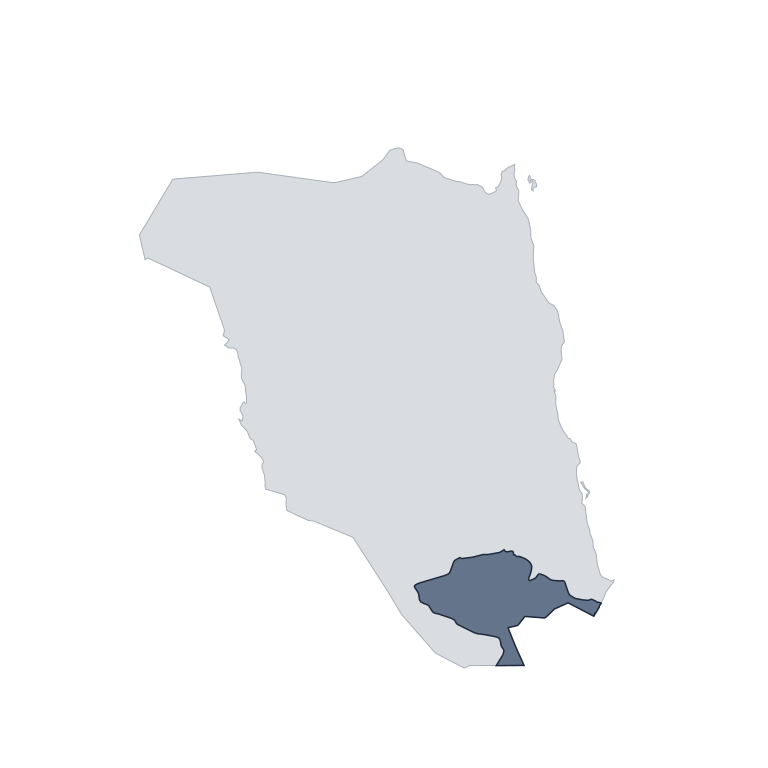 where Al Jawf sits in Saudi Arabia, rotated 197°
{"feature_id": "SAU-862", "entity_name": "Al Jawf", "entity_type": "Region", "adm_level": 1, "iso_a3": "SAU", "parent_name": "Saudi Arabia", "parent_adm1": "", "projection": "natural_earth1", "projection_center": [37.819, 29.945], "detail": "fine", "context": "in_parent", "style": "filled", "palette": "slate", "viewbox_px": 768, "rotation_deg": 197, "n_neighbors": 0, "source": "natural_earth", "source_scale": "10m", "svg_char_len": 6788}
<svg xmlns="http://www.w3.org/2000/svg" viewBox="0 0 768 768"><g transform="rotate(197 384 384)"><path d="M566.8,549.6L492.9,561.4L488.9,562.7L465.9,576.0L450.5,598.3L446.9,608.9L445.0,610.5L441.9,612.6L439.0,614.1L434.5,613.9L429.2,605.8L427.8,604.1L426.6,604.0L416.7,605.1L395.9,602.9L392.5,602.4L387.9,599.6L386.8,599.1L385.6,599.0L374.9,598.8L369.5,599.7L364.4,599.4L359.1,599.9L357.2,600.9L355.2,600.9L353.9,601.8L352.7,602.2L351.4,601.4L349.7,601.6L347.3,600.9L345.7,599.2L344.2,597.6L342.6,596.7L340.9,596.2L339.4,596.2L337.5,597.1L336.3,598.1L333.3,601.1L333.2,602.2L334.6,604.0L334.2,604.9L332.5,606.0L331.9,608.9L331.7,610.5L331.5,614.2L332.3,617.2L333.3,618.3L333.4,619.6L332.8,622.2L331.2,623.0L330.0,625.4L329.3,626.6L328.1,627.8L323.1,632.2L322.8,629.7L321.2,625.9L321.1,623.3L320.3,620.7L319.0,618.7L316.4,616.6L316.2,613.7L314.3,610.9L311.8,608.6L310.5,604.4L309.4,598.7L302.9,591.4L294.8,584.6L292.3,580.7L288.3,572.9L286.2,566.7L280.8,559.6L280.5,556.9L279.7,553.6L278.5,549.9L277.7,546.9L272.2,534.1L270.5,532.1L269.0,529.2L268.6,527.0L268.1,525.8L264.3,523.6L260.7,518.3L250.0,509.7L244.8,508.8L240.6,505.8L237.6,501.8L234.3,494.9L228.6,487.4L223.7,476.8L225.2,473.0L225.1,470.2L223.6,465.7L222.0,462.1L220.9,458.8L221.8,454.0L222.1,448.7L223.0,445.8L223.7,442.7L222.8,436.4L221.2,433.1L221.4,430.8L219.5,429.7L218.1,427.3L219.6,427.3L216.8,423.9L215.8,422.1L214.7,417.5L213.4,414.0L209.0,406.0L207.0,401.2L202.3,394.9L197.3,390.2L194.1,388.1L192.6,386.2L190.0,386.2L187.2,383.4L185.2,383.3L182.7,382.9L179.8,377.6L177.3,372.7L173.2,366.2L174.2,364.5L175.4,361.8L174.8,358.2L174.2,355.8L172.4,351.4L166.4,340.3L164.8,338.7L162.3,336.9L160.7,332.1L160.0,327.8L155.9,325.7L148.9,310.3L144.8,304.9L143.2,301.2L138.5,295.3L136.3,289.3L131.5,283.8L127.5,274.3L121.2,264.8L118.5,263.2L112.0,262.5L109.3,261.8L106.7,263.9L106.5,261.3L108.3,257.6L110.9,249.9L111.4,243.2L115.5,223.2L143.1,228.4L144.5,228.1L155.1,218.8L161.1,208.2L162.4,207.1L180.9,203.0L181.5,202.5L185.2,193.0L185.6,192.4L186.1,191.9L194.1,187.1L181.2,171.1L167.8,155.8L219.4,139.9L220.3,139.5L224.1,135.8L246.8,139.9L255.7,141.7L258.5,143.1L299.9,168.8L320.3,187.2L368.5,228.0L369.1,228.3L411.8,232.4L416.4,231.4L428.1,232.9L439.9,234.7L442.3,239.5L443.2,242.9L444.0,246.1L446.4,249.1L456.2,249.0L466.5,248.8L468.0,251.8L468.7,254.7L471.6,261.8L475.6,267.2L476.5,269.2L477.2,272.2L476.6,273.3L476.4,274.6L479.3,277.6L484.1,280.2L485.9,280.8L488.0,281.9L486.5,283.7L489.3,287.7L492.7,291.8L496.2,292.7L501.0,298.9L508.2,302.9L512.6,308.1L512.2,308.2L510.9,307.7L509.3,307.0L508.9,307.6L509.0,309.8L509.5,312.4L511.7,314.6L513.7,316.2L514.6,319.3L513.2,325.8L512.7,325.8L511.6,325.3L510.5,325.1L509.9,325.5L511.4,330.2L512.8,333.9L514.4,336.7L515.8,340.9L516.9,342.7L521.6,347.2L523.1,350.9L524.6,357.8L527.6,361.7L529.2,364.7L531.3,367.2L532.8,370.6L534.8,373.3L535.8,374.0L537.3,374.3L539.1,374.3L541.3,373.6L543.7,372.9L545.6,374.3L547.5,374.1L547.7,375.3L546.5,377.0L545.0,381.3L547.3,382.0L549.4,382.4L551.0,383.0L551.9,383.1L551.9,383.9L552.1,388.0L552.7,389.6L579.0,425.7L646.7,435.5L647.1,435.4L648.7,432.9L661.5,455.0L645.8,518.2L566.8,549.6ZM301.3,621.4L303.4,621.5L302.6,620.5L302.4,620.0L303.3,618.6L306.2,621.6L306.2,625.1L305.9,625.9L305.1,625.2L304.6,624.4L304.4,623.6L303.6,622.7L300.7,623.3L298.9,622.3L296.4,619.4L295.7,617.2L296.7,616.8L297.9,615.8L298.6,614.1L297.9,612.3L299.4,612.6L300.2,614.4L300.4,618.5L300.7,619.4L300.2,620.3L301.3,621.4ZM165.9,348.5L165.2,348.5L163.4,346.3L162.3,344.8L161.2,343.7L156.2,341.6L155.5,340.2L156.2,338.8L156.8,340.2L157.7,341.0L161.9,342.9L166.5,347.1L167.3,347.5L165.9,348.5ZM157.9,338.1L157.6,338.5L156.5,337.4L156.6,335.0L157.6,333.6L157.5,335.5L157.9,337.4L157.9,338.1Z" fill="#d9dde1" stroke="#a8b0b8" stroke-width="1"/><path d="M143.1,228.4L143.8,228.4L144.5,228.1L147.3,225.6L150.1,223.2L153.1,220.5L155.1,218.8L156.8,215.8L158.4,212.9L159.6,210.7L161.1,208.2L161.7,207.5L162.4,207.1L164.7,206.6L167.0,206.1L170.7,205.3L174.4,204.4L177.9,203.7L180.9,203.0L181.5,202.5L182.6,199.5L183.5,197.3L184.4,194.9L185.2,193.0L185.5,192.4L186.1,191.9L188.9,190.2L192.1,188.4L194.0,187.2L192.9,185.5L190.0,182.0L187.2,178.5L184.4,175.0L181.5,171.5L181.5,171.4L181.4,171.3L181.3,171.2L181.2,171.1L177.9,167.3L174.5,163.5L174.5,163.4L171.1,159.6L167.8,155.8L168.8,155.5L174.2,153.8L180.6,151.8L187.0,149.8L188.5,149.3L193.4,147.8L194.3,147.5L191.2,159.6L191.1,160.6L191.2,162.6L191.3,163.4L191.4,163.6L191.4,164.0L191.6,164.5L192.1,165.1L194.3,166.8L195.1,167.6L195.9,168.8L196.6,170.2L197.1,171.3L198.0,172.9L198.4,173.5L199.0,174.0L199.6,174.4L200.1,174.6L201.3,174.9L202.5,175.0L214.1,173.8L222.0,172.5L225.4,172.6L242.9,175.5L243.8,175.7L244.4,176.1L245.0,176.5L246.9,178.3L247.6,178.7L248.5,179.1L250.9,179.6L265.0,180.0L266.6,179.8L269.1,179.7L270.1,180.0L271.0,180.4L276.1,184.8L276.8,185.2L277.7,185.5L279.1,185.7L281.2,185.7L284.3,186.1L285.1,186.4L286.0,187.1L286.6,187.6L287.2,188.5L287.5,189.0L288.8,191.9L289.5,193.3L290.0,194.0L291.2,195.2L295.1,198.4L295.6,199.0L295.8,199.6L295.7,200.2L295.3,200.9L294.1,202.2L292.0,204.0L270.4,218.3L267.6,220.6L267.0,221.2L266.5,221.9L266.2,222.5L266.0,223.2L265.9,223.9L265.3,234.4L265.2,234.6L265.1,235.1L264.9,235.6L264.5,236.3L260.8,240.2L259.2,239.8L258.6,239.8L248.8,244.2L239.2,250.0L234.6,251.4L224.8,256.4L224.2,256.8L223.6,257.3L220.7,260.6L219.7,259.8L219.4,259.6L218.9,259.4L218.2,259.4L217.3,259.5L216.6,259.8L213.9,261.2L213.2,261.5L212.5,261.6L211.9,261.5L211.4,261.1L211.0,260.6L210.2,258.7L209.1,258.8L208.6,258.7L208.0,258.5L207.2,258.0L206.6,257.8L205.7,258.0L205.0,258.4L204.2,258.7L203.2,258.7L198.0,258.2L196.4,257.8L193.5,256.7L192.3,256.0L190.6,254.5L190.1,253.9L189.7,253.2L189.4,252.6L189.0,251.5L188.8,250.1L188.6,248.3L188.5,245.6L188.8,240.5L188.6,239.8L188.3,239.1L187.9,238.7L187.3,238.6L186.7,238.8L185.1,240.4L183.4,241.6L182.8,242.1L182.5,242.8L182.1,243.4L181.1,246.3L180.8,246.9L180.4,247.5L179.7,247.8L179.0,248.0L174.5,247.7L172.4,247.2L168.4,245.8L166.9,245.6L164.9,245.6L158.6,247.0L155.8,248.2L155.3,248.2L154.7,248.2L153.6,247.8L153.5,247.7L153.3,247.5L146.6,238.2L145.8,237.4L144.6,236.5L144.0,236.2L138.9,234.9L137.2,234.9L135.2,235.3L131.7,235.5L126.4,236.6L125.3,237.0L124.4,237.5L123.5,238.4L123.0,238.6L122.4,238.8L118.7,238.4L116.6,237.8L115.7,237.8L114.8,238.0L112.6,238.0L112.6,237.9L112.1,237.7L112.5,236.8L112.9,235.5L113.2,234.2L112.9,233.4L112.9,233.0L113.2,232.4L113.4,231.7L114.0,228.9L114.1,228.5L114.4,227.8L114.3,227.6L114.4,227.1L114.6,226.8L115.2,226.5L115.1,226.0L115.0,225.3L115.1,224.8L115.4,225.0L115.4,224.9L115.5,224.7L115.6,224.8L115.4,224.3L115.3,223.8L115.5,223.3L118.3,223.8L121.4,224.4L125.4,225.1L129.1,225.8L132.9,226.5L136.0,227.1L137.4,227.4L140.4,227.9L143.1,228.4Z" fill="#64748b" stroke="#1e293b" stroke-width="1.5"/></g></svg>